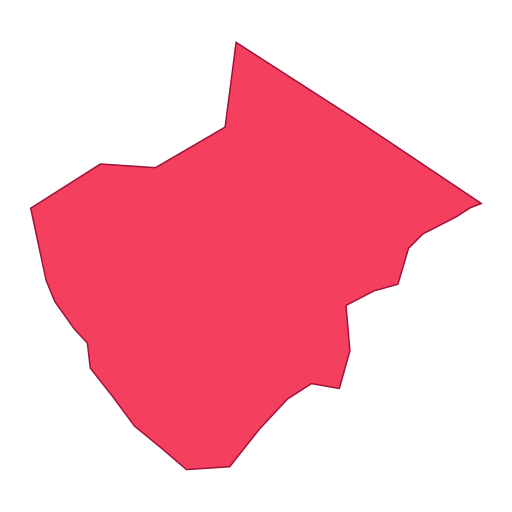 Skouriotissa, Nicosia, Cyprus (Albers equal-area conic projection)
{"feature_id": "46923920B57075866943950", "entity_name": "Skouriotissa", "entity_type": "district", "adm_level": 2, "iso_a3": "CYP", "parent_name": "Cyprus", "parent_adm1": "Nicosia", "projection": "albers", "projection_center": [32.884, 35.094], "detail": "fine", "context": "isolated", "style": "filled", "palette": "rose", "viewbox_px": 512, "rotation_deg": 0, "n_neighbors": 0, "source": "geoboundaries", "source_scale": "gbopen_adm2", "svg_char_len": 508}
<svg xmlns="http://www.w3.org/2000/svg" viewBox="0 0 512 512"><path d="M30.7,208.2L46.1,280.3L54.8,301.5L74.0,328.6L87.4,343.1L90.3,368.2L112.4,396.2L134.5,426.1L154.3,442.3L160.5,447.4L186.5,469.6L229.7,466.7L253.9,436.1L259.5,429.0L287.4,399.1L311.4,383.6L339.3,388.5L349.9,350.8L346.0,305.4L373.9,290.9L397.9,284.2L408.5,248.4L422.9,233.9L456.6,216.6L470.0,207.9L481.3,203.5L355.4,119.2L236.1,42.4L225.1,127.1L155.4,167.7L100.4,164.0L30.7,208.2Z" fill="#f43f5e" stroke="#9f1239" stroke-width="1.5"/></svg>